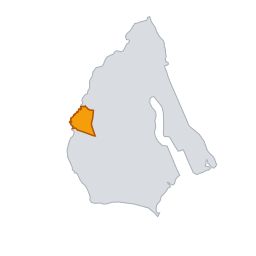 location of Matam, Matam, Senegal, rotated 246°
{"feature_id": "50182788B95113260184043", "entity_name": "Matam", "entity_type": "district", "adm_level": 2, "iso_a3": "SEN", "parent_name": "Senegal", "parent_adm1": "Matam", "projection": "albers", "projection_center": [-13.438, 15.719], "detail": "fine", "context": "in_parent", "style": "filled", "palette": "amber", "viewbox_px": 256, "rotation_deg": 246, "n_neighbors": 0, "source": "geoboundaries", "source_scale": "gbopen_adm2", "svg_char_len": 5823}
<svg xmlns="http://www.w3.org/2000/svg" viewBox="0 0 256 256"><g transform="rotate(246 128 128)"><path d="M193.3,118.5L196.2,123.5L195.6,125.9L195.0,129.5L196.6,132.0L198.5,133.6L199.8,135.2L201.3,137.3L201.6,141.5L201.4,144.5L202.3,145.9L203.2,147.6L203.0,149.0L202.5,150.3L200.7,152.0L200.4,155.1L203.4,158.9L205.3,161.0L205.3,162.2L205.8,163.5L207.2,165.0L208.1,164.6L209.0,163.4L209.4,162.5L212.0,162.9L213.2,163.2L214.8,165.7L215.4,167.4L215.8,169.4L217.6,172.0L219.1,173.8L219.4,175.0L220.7,176.5L219.9,179.9L220.0,181.7L219.2,186.3L219.0,188.5L219.1,189.3L221.1,190.9L220.9,193.2L218.9,192.8L215.3,192.6L208.1,193.9L205.7,193.4L201.0,193.6L197.7,194.3L193.4,195.8L190.1,195.5L188.3,194.3L186.0,194.4L183.4,193.7L180.5,192.6L178.0,192.0L175.2,189.9L173.9,189.5L173.0,190.1L172.2,190.8L171.4,191.2L169.9,190.9L169.4,189.4L169.8,188.0L170.0,187.0L169.3,186.4L167.6,186.2L164.8,186.2L160.4,185.8L159.4,185.5L149.6,185.1L139.3,185.1L130.7,185.0L119.8,184.9L112.1,184.8L104.9,184.7L99.3,187.5L93.3,190.5L85.2,192.1L75.9,191.4L73.0,191.8L69.9,193.1L67.6,194.0L64.4,194.6L60.3,194.0L58.6,194.3L57.6,192.9L56.4,190.6L57.2,189.0L59.7,187.9L63.5,186.6L65.5,187.3L66.7,187.4L66.9,186.5L66.5,186.0L63.7,184.8L62.2,183.1L61.0,184.1L59.9,186.0L59.0,186.6L57.7,187.1L57.0,185.8L56.7,184.5L57.3,183.5L57.1,177.8L57.5,174.8L57.4,172.2L59.2,170.5L60.9,169.5L67.5,169.5L73.7,169.4L79.6,169.6L85.6,169.7L86.3,164.5L88.2,164.1L91.1,163.6L96.4,163.0L102.3,162.4L103.6,161.4L104.6,159.7L105.2,158.1L106.5,157.5L108.1,158.0L110.3,158.8L112.6,160.1L115.1,161.3L116.9,162.1L121.0,163.9L128.0,166.6L133.9,167.6L140.9,165.7L146.0,164.5L146.6,162.3L145.9,160.1L142.1,158.1L136.9,158.3L135.4,158.8L133.0,159.5L131.5,159.7L129.1,159.2L126.0,157.5L124.1,155.7L121.4,154.9L118.2,154.0L113.1,150.4L110.4,149.7L107.8,149.5L103.0,150.2L98.2,152.1L95.6,156.4L90.8,156.3L80.7,156.1L71.4,155.8L63.7,156.0L63.0,152.8L61.2,150.2L58.3,148.0L57.7,146.0L58.7,144.3L61.6,142.9L62.2,141.9L60.7,142.0L58.5,142.9L57.0,142.9L56.8,140.1L54.4,136.5L51.7,130.4L48.5,127.8L45.9,122.9L43.2,121.0L40.6,120.0L38.4,120.2L37.6,122.4L34.9,119.1L38.7,118.0L46.7,114.1L56.0,102.7L64.4,89.1L65.6,85.9L66.6,83.4L67.3,77.8L68.5,74.5L69.6,73.9L71.1,71.3L72.8,66.9L74.7,64.4L76.8,63.9L78.5,64.2L79.6,65.1L83.1,65.7L88.8,66.0L93.2,65.4L96.3,63.8L100.4,63.1L105.5,63.1L108.1,62.5L108.4,61.2L109.1,60.8L110.1,61.3L111.1,61.1L112.1,60.2L113.0,60.2L113.9,61.0L118.1,61.2L125.7,61.0L132.7,63.4L139.1,68.4L142.4,71.8L142.6,73.5L143.6,75.2L145.5,76.9L147.3,77.2L148.9,76.1L150.1,76.2L151.0,77.5L152.9,77.8L154.9,77.0L156.4,77.3L156.6,78.1L157.0,78.5L158.0,78.7L159.3,79.7L161.1,82.3L162.7,86.1L163.8,90.8L165.4,93.4L167.3,93.9L168.4,94.8L168.7,96.0L169.2,96.8L170.1,97.2L171.8,96.9L173.7,98.5L175.7,102.0L176.1,103.6L175.7,104.5L175.9,105.1L177.2,105.7L178.5,106.8L179.6,108.6L181.9,110.1L185.4,111.4L187.9,113.4L189.5,116.1L192.7,118.3L193.3,118.5Z" fill="#d9dde1" stroke="#a8b0b8" stroke-width="1"/><path d="M166.9,93.6L166.7,93.4L166.5,93.2L166.3,93.1L166.1,93.1L165.8,93.1L165.7,93.1L165.3,93.1L165.2,93.1L165.3,93.1L165.5,93.1L165.3,93.4L165.2,93.5L164.9,93.6L164.7,93.4L164.6,93.2L164.5,92.9L164.4,92.7L164.2,92.5L164.1,92.3L164.0,92.1L164.0,91.9L164.1,91.7L164.4,91.6L164.6,91.7L164.8,91.7L165.0,91.6L165.3,91.3L165.4,91.1L165.4,90.9L165.2,90.8L165.1,90.7L164.9,90.6L164.7,90.3L164.6,90.2L164.4,90.0L164.3,89.9L164.2,89.8L164.0,89.6L163.7,89.5L163.5,89.3L163.3,89.1L163.1,88.9L162.9,88.8L162.9,88.7L162.9,88.4L162.9,88.2L163.0,88.1L163.3,88.2L163.5,88.2L163.6,87.9L163.3,87.6L163.2,87.6L163.0,87.4L162.9,87.3L162.8,87.2L162.6,87.0L162.6,86.8L162.6,86.7L162.6,86.4L162.6,86.1L162.7,85.9L162.7,85.7L162.5,85.4L162.4,85.3L162.2,85.2L161.9,85.1L161.7,84.9L161.6,84.7L161.8,84.4L162.0,84.3L162.1,84.2L162.2,83.9L162.1,83.7L161.8,83.6L161.7,83.6L161.4,83.4L161.0,83.0L160.9,82.9L160.8,82.7L160.7,82.4L160.6,82.1L160.6,81.8L160.7,81.6L160.6,81.4L160.4,81.2L160.3,80.9L160.3,80.6L160.3,80.4L160.3,80.2L160.3,79.9L160.2,79.7L159.9,79.6L159.7,79.5L159.5,79.4L159.4,79.3L159.1,79.3L158.8,79.1L158.7,79.1L158.4,79.0L158.2,78.9L158.1,78.7L158.0,78.4L157.9,78.4L157.9,78.2L157.7,78.1L157.4,78.2L157.3,78.3L157.2,78.4L157.2,78.5L157.1,78.8L156.9,79.0L156.7,78.9L156.3,78.8L156.2,78.7L156.1,78.4L156.1,78.2L156.3,77.9L156.5,77.7L156.9,77.6L157.0,77.5L157.3,77.4L157.3,77.2L157.2,77.1L157.1,76.9L156.9,76.9L156.9,77.0L156.7,77.1L156.4,77.3L156.1,77.6L155.9,77.6L155.7,77.6L155.2,77.4L154.9,77.3L154.7,77.3L154.4,77.3L154.2,77.4L153.9,77.5L153.5,77.7L153.1,77.9L152.8,78.0L152.6,78.1L152.3,78.2L152.0,78.1L151.9,78.0L151.7,78.1L151.4,78.5L151.2,78.6L150.9,78.4L150.7,78.2L150.3,77.8L150.2,77.7L150.0,77.3L149.9,77.7L149.8,77.9L149.8,78.2L149.7,78.5L149.6,78.8L149.5,79.1L149.5,79.3L149.4,79.6L149.4,79.8L149.3,80.1L147.4,80.8L146.8,81.0L146.3,81.2L146.2,81.3L146.1,81.5L146.1,81.8L145.2,82.7L144.4,83.6L143.6,84.4L142.8,85.3L142.0,86.2L141.6,86.6L141.3,86.9L141.1,87.1L140.9,87.3L140.2,88.1L139.7,88.5L139.0,89.3L137.6,90.7L137.2,91.1L135.4,92.9L134.7,93.7L134.6,93.9L134.1,94.8L135.5,94.9L140.2,95.3L145.8,95.9L148.2,97.2L150.7,99.3L154.4,101.5L158.1,103.6L158.3,103.4L158.4,103.2L158.5,102.9L158.7,102.7L158.8,102.6L159.0,102.5L159.0,102.4L159.1,102.2L159.2,101.9L159.2,101.7L159.3,101.6L159.4,101.4L159.5,101.2L159.6,100.9L159.8,100.7L160.0,100.6L160.1,100.4L160.3,100.3L160.3,100.2L160.5,100.1L160.7,99.9L160.8,99.9L161.0,99.7L161.2,99.4L161.3,99.3L161.5,99.3L161.6,99.2L162.0,99.1L162.4,99.0L162.5,98.9L162.8,98.8L163.0,98.8L163.1,98.7L163.5,98.6L163.8,98.4L164.0,98.4L164.4,98.2L164.5,98.2L164.9,98.0L165.0,98.0L165.3,97.9L165.2,97.8L165.1,97.7L165.0,97.4L165.1,97.2L165.3,97.0L165.2,96.9L165.3,96.8L165.4,96.7L165.5,96.7L165.6,96.4L165.7,96.2L165.8,96.2L166.0,95.9L166.3,95.1L166.4,94.8L166.5,94.5L166.6,94.2L166.8,93.7L166.9,93.6Z" fill="#f59e0b" stroke="#b45309" stroke-width="1.5"/></g></svg>